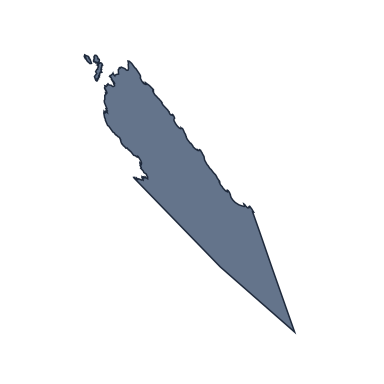 outline of Vardø nor, Finnmark, Norway, rotated 238°
{"feature_id": "86288312B8683339582307", "entity_name": "Vardø nor", "entity_type": "district", "adm_level": 2, "iso_a3": "NOR", "parent_name": "Norway", "parent_adm1": "Finnmark", "projection": "equal_earth", "projection_center": [30.933, 70.337], "detail": "fine", "context": "isolated", "style": "filled", "palette": "slate", "viewbox_px": 384, "rotation_deg": 238, "n_neighbors": 0, "source": "geoboundaries", "source_scale": "gbopen_adm2", "svg_char_len": 6003}
<svg xmlns="http://www.w3.org/2000/svg" viewBox="0 0 384 384"><g transform="rotate(238 192 192)"><path d="M142.3,233.6L144.2,233.6L145.5,233.7L149.3,233.4L149.5,233.2L149.4,232.5L148.5,232.2L148.6,231.7L148.9,231.0L149.2,230.7L151.9,230.0L153.4,230.0L154.4,229.6L154.1,229.5L152.3,229.4L152.1,229.1L152.0,228.8L152.0,228.5L156.2,225.0L160.2,223.1L163.2,222.4L166.8,222.2L167.5,222.5L168.5,222.7L169.3,223.1L171.9,223.5L173.8,223.4L174.6,223.1L174.5,222.9L174.8,222.7L174.3,222.2L173.7,222.0L175.1,221.1L176.4,220.8L179.3,220.3L180.4,220.4L182.8,220.0L184.2,220.1L185.6,220.3L185.3,220.6L186.5,221.1L188.4,220.9L191.0,220.8L191.5,221.0L194.1,221.1L196.2,220.6L197.6,220.4L201.1,220.1L201.7,219.8L203.1,219.6L205.8,219.6L207.2,219.3L212.4,219.6L215.8,221.0L218.8,221.1L220.1,221.3L221.8,221.2L222.7,221.4L223.8,220.9L223.5,220.4L223.4,219.9L225.0,219.1L224.5,218.8L226.6,217.7L229.6,216.9L230.5,217.1L232.5,217.0L234.0,216.8L234.1,216.4L239.0,215.9L241.2,216.1L242.3,216.6L243.1,216.5L244.2,217.0L246.3,217.0L248.5,217.4L250.5,217.6L251.4,217.3L251.5,216.8L252.2,216.7L251.7,216.4L251.7,216.0L252.7,215.3L253.7,214.9L256.4,214.4L258.9,214.3L261.8,214.5L262.8,214.9L263.4,215.4L263.7,216.3L264.2,216.5L266.2,216.8L267.1,216.6L267.5,216.8L268.2,216.5L268.1,216.1L267.8,215.9L268.3,215.7L268.3,215.1L269.8,214.6L271.8,214.8L272.1,215.1L273.4,214.8L274.2,214.9L280.9,213.5L283.4,213.5L284.5,213.8L284.4,213.9L285.0,213.9L286.7,213.6L286.9,213.5L288.7,213.3L289.3,213.0L292.4,212.5L293.4,212.1L295.2,212.0L298.2,212.2L298.7,212.5L298.4,212.6L298.2,212.8L299.1,213.1L298.9,213.4L299.0,213.5L300.7,213.3L302.8,212.6L302.2,212.9L304.8,212.3L307.1,211.4L306.2,211.5L307.8,211.1L307.7,211.0L308.5,210.5L309.1,210.4L308.7,210.2L307.5,210.2L307.7,209.8L308.2,209.3L309.7,209.0L309.3,208.8L309.4,208.6L310.3,208.4L312.5,208.2L315.8,208.5L316.3,208.7L316.5,209.1L317.7,209.8L319.4,210.0L326.4,209.8L327.8,209.3L333.0,209.0L336.1,208.1L337.0,207.1L334.4,206.2L334.2,205.6L330.3,203.6L329.2,202.2L329.6,201.4L330.2,200.9L332.1,200.5L335.5,198.1L335.1,196.9L335.8,196.6L335.7,195.8L335.0,195.3L334.8,194.3L330.9,192.2L331.8,190.1L331.7,188.4L331.4,188.1L332.9,187.8L333.4,187.8L333.8,188.0L334.3,187.8L334.6,187.9L334.3,187.4L333.9,185.3L334.2,184.3L333.8,183.5L333.6,183.7L332.8,183.6L332.9,183.9L331.9,184.1L330.2,183.8L330.2,183.4L327.5,183.4L328.0,183.8L326.7,184.0L325.5,184.0L325.2,183.9L325.5,183.4L325.8,183.4L326.2,182.9L326.0,183.0L324.9,182.9L325.2,182.8L323.8,183.0L323.3,182.7L323.1,182.6L323.1,181.4L323.4,180.7L324.1,180.4L325.4,180.0L326.0,179.1L327.0,178.2L328.3,178.1L328.1,177.5L327.9,177.4L328.0,177.1L328.0,176.7L327.3,176.6L326.9,175.1L327.4,174.7L327.9,174.8L328.0,174.7L327.8,174.7L328.0,174.6L328.0,174.4L327.4,174.4L327.5,174.1L326.8,173.1L326.5,173.1L326.0,172.7L325.3,172.7L325.5,173.0L325.1,173.1L324.7,172.9L324.0,172.9L324.1,172.7L323.5,172.4L323.0,172.6L322.7,172.8L321.6,172.6L321.1,172.3L321.5,171.9L321.2,171.6L321.8,171.2L320.3,170.6L320.3,169.3L316.8,167.2L315.9,165.9L314.1,165.1L307.7,164.0L307.7,163.6L309.0,163.1L305.8,163.2L305.9,162.6L304.3,162.2L306.2,161.5L305.1,160.8L305.1,160.2L307.0,160.1L305.6,159.0L301.5,157.3L299.9,157.2L298.9,156.6L293.1,155.7L292.0,156.3L284.7,156.7L283.2,157.5L281.8,157.4L280.8,157.6L280.7,157.9L277.8,158.7L277.2,159.2L276.5,159.4L275.2,159.3L275.3,159.2L274.5,159.1L271.6,158.2L269.8,158.0L269.6,158.1L270.0,158.2L269.7,158.3L267.6,158.3L266.6,158.8L264.1,159.2L263.7,160.3L261.3,160.5L260.7,161.1L259.2,161.2L258.9,161.5L254.0,162.0L252.6,163.4L251.6,163.5L250.6,164.1L251.1,164.9L250.6,165.1L246.3,165.2L245.5,165.1L245.4,165.0L244.2,164.9L242.9,164.3L242.5,163.9L244.4,163.3L243.6,162.9L241.9,162.9L241.9,162.6L242.4,162.6L242.2,162.1L239.6,161.9L239.4,161.1L235.6,161.8L234.0,161.5L231.9,162.5L231.3,162.7L229.2,162.3L228.3,162.4L226.7,161.4L228.0,160.7L229.6,160.3L229.3,160.0L229.6,159.7L229.4,159.6L230.5,159.0L230.2,158.5L229.9,158.4L230.7,158.1L231.1,158.1L231.5,157.8L230.3,157.5L230.5,157.2L229.6,157.0L228.4,157.1L228.0,156.9L228.6,156.6L228.7,155.7L231.4,153.8L231.1,153.3L230.7,153.4L231.3,153.2L230.7,153.1L231.2,153.0L233.2,152.4L232.2,151.9L233.4,151.7L233.9,151.0L235.1,150.8L235.3,150.3L234.4,150.3L113.4,176.3L18.8,204.8L84.9,219.6L124.4,228.7L142.9,232.8L142.3,233.6ZM337.8,169.6L336.7,169.9L336.5,170.2L336.6,170.8L337.4,171.1L337.0,171.2L337.4,171.7L338.9,171.8L337.8,171.9L338.0,172.1L338.1,172.5L337.9,172.7L338.2,172.8L338.3,173.2L338.8,173.4L338.8,173.6L339.7,174.2L339.2,174.3L338.9,174.5L339.3,174.7L339.8,175.4L340.2,175.4L340.2,175.6L341.2,176.5L341.7,176.5L341.7,177.0L342.0,177.5L341.8,177.5L341.5,178.3L341.3,179.0L342.2,179.0L344.2,179.6L344.5,180.1L343.1,180.2L344.5,180.3L344.7,180.6L345.2,180.6L345.8,181.2L345.7,181.6L345.9,181.9L347.0,182.4L346.9,183.4L348.2,183.5L348.5,183.6L348.6,183.3L349.4,183.2L349.8,183.3L350.0,183.1L350.2,182.1L351.2,181.4L351.5,181.5L351.4,181.9L352.5,183.1L353.6,183.6L353.8,183.4L354.0,183.4L354.7,183.2L354.7,182.8L355.1,182.8L355.7,183.3L357.2,183.5L358.7,183.1L359.2,182.5L359.3,182.3L359.1,182.2L359.0,181.8L359.2,181.6L358.6,180.6L357.9,180.5L357.7,180.4L358.0,180.2L356.6,179.5L356.2,178.7L355.1,177.8L354.6,177.7L353.9,178.2L353.6,178.7L353.4,178.9L351.4,178.9L352.5,179.0L353.0,179.1L352.7,179.2L352.4,179.6L352.2,179.7L352.5,179.8L352.4,179.9L352.1,179.8L352.0,180.0L351.8,180.4L351.8,180.7L351.5,180.8L351.6,181.1L350.5,181.1L350.6,180.9L350.9,180.9L350.9,180.6L350.2,180.6L349.8,180.3L350.3,180.1L350.2,179.6L350.1,179.8L349.3,179.8L348.9,179.1L350.7,178.9L349.0,178.9L348.6,179.2L348.2,179.2L347.5,178.8L347.0,177.4L346.1,177.1L346.2,176.0L345.1,174.0L343.0,174.1L341.6,170.4L337.8,169.6ZM364.2,172.6L364.0,172.4L361.5,172.2L360.5,172.7L360.4,172.6L358.8,172.5L357.3,172.8L356.9,173.0L355.0,173.5L354.3,174.8L354.3,175.0L358.1,175.7L358.1,175.8L358.8,175.9L359.3,175.5L360.0,175.5L360.4,175.6L360.4,175.9L361.3,176.0L362.3,175.7L363.4,174.7L365.2,173.7L364.6,173.1L364.0,173.2L363.2,173.1L364.2,172.6Z" fill="#64748b" stroke="#1e293b" stroke-width="1.5"/></g></svg>